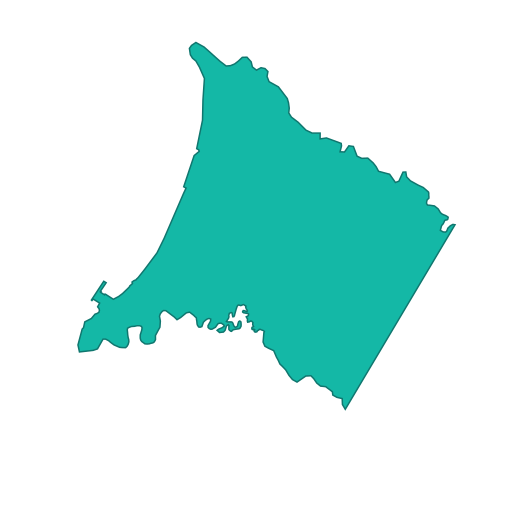 Seberang Perai Utara, Pulau Pinang, Malaysia, rotated 29°
{"feature_id": "92858781B46264786477712", "entity_name": "Seberang Perai Utara", "entity_type": "district", "adm_level": 2, "iso_a3": "MYS", "parent_name": "Malaysia", "parent_adm1": "Pulau Pinang", "projection": "mercator", "projection_center": [100.433, 5.483], "detail": "fine", "context": "isolated", "style": "filled", "palette": "teal", "viewbox_px": 512, "rotation_deg": 29, "n_neighbors": 0, "source": "geoboundaries", "source_scale": "gbopen_adm2", "svg_char_len": 4867}
<svg xmlns="http://www.w3.org/2000/svg" viewBox="0 0 512 512"><g transform="rotate(29 256 256)"><path d="M408.4,346.8L414.9,132.2L412.9,132.9L411.3,135.4L410.3,138.7L410.6,140.5L410.7,141.9L410.2,143.2L408.0,144.2L404.8,144.2L403.7,140.0L403.7,138.8L404.1,137.2L404.0,134.6L403.8,133.5L404.3,132.7L405.5,131.9L405.9,130.8L405.3,128.9L403.6,128.7L402.1,128.7L400.7,128.9L398.7,129.1L396.4,128.7L392.5,126.5L387.8,125.7L383.5,127.3L381.4,128.3L380.5,127.9L379.5,127.1L378.9,125.6L378.5,124.2L378.7,123.2L379.2,121.7L378.6,120.5L377.7,119.2L376.6,117.2L375.8,116.4L369.1,115.0L363.3,115.4L354.6,115.4L349.4,113.8L346.3,109.9L343.9,111.4L344.7,121.3L342.3,124.1L333.2,119.7L328.5,120.9L322.1,122.5L317.8,119.7L313.4,117.8L306.3,116.2L301.2,119.3L296.0,119.7L288.1,113.0L283.8,114.6L283.0,122.1L279.0,124.1L277.4,118.2L275.9,116.2L260.4,118.6L255.3,122.5L252.5,117.4L245.4,121.3L238.7,121.7L228.0,118.6L219.7,117.4L215.3,115.0L213.4,110.6L210.2,106.3L207.0,103.1L193.6,97.2L190.0,97.2L182.9,97.2L178.6,93.6L177.0,88.9L173.0,87.7L169.1,88.9L166.3,93.2L161.2,92.4L157.6,88.5L151.7,86.5L147.7,88.9L146.1,94.0L144.2,98.4L141.4,101.9L137.8,104.3L129.9,103.1L109.3,98.4L99.9,98.4L97.5,103.1L97.1,106.7L101.0,111.8L104.6,113.8L108.9,114.6L114.9,118.2L124.8,125.7L133.9,145.1L143.4,163.2L152.1,190.9L154.4,190.9L155.6,192.1L153.2,198.1L159.2,230.5L161.9,230.5L162.3,236.4L167.1,285.1L167.9,301.3L165.1,321.8L163.4,331.9L163.1,333.0L162.7,334.1L162.6,335.1L161.9,335.8L161.0,337.1L160.2,338.9L161.3,340.0L160.1,343.4L160.2,344.7L157.5,353.5L155.5,358.0L152.2,363.0L142.8,362.4L142.3,362.6L142.3,363.4L137.7,363.1L137.8,362.3L137.0,362.3L137.9,352.0L135.1,351.9L133.4,374.3L134.1,374.5L134.5,372.6L142.1,373.0L142.1,377.2L143.1,377.7L144.1,378.0L145.4,379.4L145.9,381.5L144.7,383.5L143.4,384.9L142.3,390.5L138.2,396.6L139.9,402.3L139.4,404.2L143.4,420.1L148.1,425.5L159.3,417.5L162.4,414.1L162.5,402.9L164.8,401.6L168.2,401.5L170.5,402.0L172.6,402.3L174.9,402.6L181.0,402.0L183.3,401.0L186.4,399.4L187.0,397.4L187.0,395.2L186.4,392.7L185.2,390.8L183.6,389.2L182.0,387.1L180.7,385.1L179.2,383.0L178.7,381.4L179.7,379.8L181.3,378.0L183.8,376.4L185.7,374.7L188.0,373.4L189.8,373.1L191.1,373.9L192.0,376.2L192.4,378.1L193.0,381.1L193.7,382.4L194.6,384.0L195.9,385.4L197.5,386.2L199.3,386.4L201.4,386.7L203.4,385.8L205.2,384.6L206.5,383.2L207.9,382.0L208.6,380.7L208.7,379.3L208.6,377.8L206.6,374.3L206.5,369.4L206.5,367.0L206.5,364.9L203.9,359.3L200.8,355.5L200.3,353.0L200.8,350.0L201.6,348.5L203.7,347.5L214.2,349.0L217.8,350.0L219.9,346.4L221.7,341.8L222.7,339.4L225.2,337.3L230.4,338.1L231.9,338.6L233.7,338.9L234.6,340.2L235.9,341.8L237.4,344.0L238.2,344.8L240.2,345.9L241.6,345.4L242.9,344.0L242.1,339.4L242.9,336.7L244.0,334.6L245.2,333.4L247.0,333.1L247.8,335.0L247.8,337.0L247.8,340.2L248.7,341.7L250.4,342.2L252.0,342.0L253.1,341.2L255.1,338.0L255.4,335.2L255.7,333.4L257.0,332.3L258.2,331.6L260.6,331.8L261.9,332.3L262.2,332.7L261.1,335.2L260.2,336.3L259.4,337.3L258.7,338.2L258.0,339.9L261.2,340.6L264.4,338.3L264.8,336.9L265.0,335.7L264.6,334.0L264.2,332.2L264.2,331.0L265.0,329.6L266.2,330.0L266.5,331.0L267.2,332.2L267.9,333.4L268.8,333.8L270.5,334.0L271.2,333.7L271.4,332.4L272.1,331.3L273.9,329.8L275.2,328.8L276.4,327.9L277.0,326.9L277.0,325.8L277.0,324.8L276.3,323.3L275.1,321.4L274.5,320.8L273.6,320.7L273.1,320.9L272.7,321.9L272.9,323.1L273.2,324.5L273.6,325.6L273.7,326.3L273.5,327.1L273.1,327.7L272.4,328.4L270.6,327.9L269.5,327.0L268.4,326.0L267.5,325.5L266.7,325.5L265.8,325.9L263.7,327.1L262.8,327.5L261.9,327.6L262.1,324.4L262.1,323.3L261.7,322.1L260.9,321.1L260.7,320.0L260.5,319.1L261.1,318.2L261.7,317.5L262.9,317.5L263.7,318.8L265.2,320.4L266.0,319.8L266.1,318.8L265.7,317.4L264.4,312.0L263.9,309.1L264.1,307.8L264.6,307.3L265.5,307.0L266.7,306.8L267.5,305.9L268.0,305.1L268.7,304.5L269.9,304.6L271.5,304.7L271.7,305.6L273.1,307.0L274.4,307.6L275.0,308.2L275.1,308.9L274.3,309.2L273.3,309.3L272.1,309.5L271.3,309.9L271.2,311.0L271.5,311.5L272.5,311.7L274.1,311.2L275.8,310.6L277.0,310.2L277.6,310.3L277.8,310.8L278.1,311.5L277.9,312.7L277.3,313.3L276.9,313.9L278.1,314.7L279.0,315.0L279.6,316.3L280.0,317.1L280.8,317.9L282.2,316.7L282.9,315.4L283.8,315.1L285.6,315.7L285.9,316.6L286.5,317.8L287.3,318.3L288.1,318.9L287.5,319.7L287.1,320.4L287.7,321.8L288.5,322.1L289.2,321.2L290.0,321.0L290.7,321.2L290.2,322.0L290.7,322.5L291.5,323.0L292.5,322.8L293.3,322.1L293.6,321.6L293.4,320.8L294.4,319.4L294.4,318.6L295.2,318.1L296.5,318.0L297.4,317.9L298.0,317.7L299.4,317.8L300.0,318.0L300.0,319.1L303.9,327.8L307.5,330.6L311.5,330.6L317.4,330.2L322.9,334.5L326.1,336.5L329.3,338.9L332.4,339.7L337.2,341.2L342.7,344.4L347.8,346.4L353.0,346.4L355.4,341.6L357.7,336.9L362.1,334.1L366.0,335.3L370.8,337.7L375.5,338.5L380.3,336.5L388.6,337.7L390.6,340.4L395.3,340.4L400.5,338.9L403.6,344.0L408.4,346.8Z" fill="#14b8a6" stroke="#0f766e" stroke-width="1.5"/></g></svg>